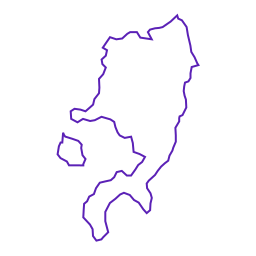 outline of Wanju-gun, North Jeolla, South Korea
{"feature_id": "91817680B60221740281290", "entity_name": "Wanju-gun", "entity_type": "district", "adm_level": 2, "iso_a3": "KOR", "parent_name": "South Korea", "parent_adm1": "North Jeolla", "projection": "orthographic", "projection_center": [127.185, 35.873], "detail": "fine", "context": "isolated", "style": "outline", "palette": "violet", "viewbox_px": 256, "rotation_deg": 0, "n_neighbors": 0, "source": "geoboundaries", "source_scale": "gbopen_adm2", "svg_char_len": 1855}
<svg xmlns="http://www.w3.org/2000/svg" viewBox="0 0 256 256"><path d="M177.2,15.4L170.6,21.6L168.1,23.3L162.6,27.1L159.2,27.9L155.0,28.3L150.0,29.6L147.9,32.1L151.7,39.3L140.3,37.6L136.9,32.1L130.2,32.1L127.3,33.8L122.2,38.5L116.3,39.3L110.0,37.2L106.2,42.7L102.8,47.7L107.0,50.2L105.8,55.7L101.6,59.5L102.4,64.1L105.8,67.5L103.2,74.2L99.0,78.9L99.4,87.7L99.0,93.2L94.4,99.1L93.1,104.6L89.3,108.0L85.5,111.3L80.4,109.6L74.5,108.8L70.7,111.3L71.2,118.9L73.8,120.3L77.5,122.3L83.0,118.9L90.1,121.0L94.8,120.2L101.5,116.8L110.4,119.4L114.2,121.9L115.4,127.0L117.6,132.4L119.7,135.4L124.7,137.9L131.1,136.7L132.8,143.0L133.6,151.9L139.5,154.0L145.0,156.9L142.1,162.0L138.2,165.0L135.3,169.6L131.1,175.5L126.8,175.5L121.8,170.9L116.7,172.1L114.2,177.2L110.8,180.2L105.3,181.4L99.8,182.7L96.0,188.2L93.9,194.1L92.4,194.9L89.2,196.6L87.1,201.3L84.1,203.8L83.7,209.7L83.3,217.4L83.7,217.8L90.0,224.6L92.6,229.2L93.0,236.0L96.4,240.6L101.4,239.4L103.1,237.3L108.2,232.2L105.3,221.2L105.3,211.9L109.9,203.0L115.4,198.8L120.1,194.5L123.9,192.8L129.8,195.0L134.0,200.0L138.7,202.6L143.3,209.3L146.7,213.1L150.1,210.2L150.5,203.4L151.8,197.9L150.5,193.3L147.1,188.2L146.7,183.5L148.8,180.6L155.0,175.0L157.7,170.9L161.1,166.6L164.9,163.2L168.2,160.7L169.5,155.6L172.4,150.6L173.3,147.6L175.8,141.7L175.8,135.4L175.4,127.8L179.2,121.4L179.2,118.1L179.6,116.4L182.5,115.1L186.3,107.5L185.9,99.5L184.6,95.7L183.7,91.1L184.2,86.4L185.0,82.6L188.4,81.4L190.5,78.0L190.5,73.3L191.7,67.0L198.4,65.1L197.2,63.2L194.6,57.3L191.3,51.9L190.4,45.6L187.9,35.0L186.6,27.0L181.9,20.3L178.2,18.6L177.2,15.4ZM63.1,132.7L62.3,142.5L60.6,142.5L58.9,146.3L57.6,154.3L60.5,158.1L66.9,161.5L69.0,165.3L72.8,165.3L83.3,165.4L83.3,164.1L85.5,159.0L82.5,155.2L81.2,148.0L81.7,144.7L78.3,140.9L72.0,138.7L65.2,136.6L64.0,134.9L63.1,132.7Z" fill="none" stroke="#5b21b6" stroke-width="2"/></svg>